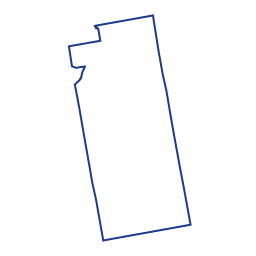 outline of Santa Fe, New Mexico, United States of America, rotated 350°
{"feature_id": "52423323B7910284098796", "entity_name": "Santa Fe", "entity_type": "district", "adm_level": 2, "iso_a3": "USA", "parent_name": "United States of America", "parent_adm1": "New Mexico", "projection": "equal_earth", "projection_center": [-106.034, 35.521], "detail": "fine", "context": "isolated", "style": "outline", "palette": "blue", "viewbox_px": 256, "rotation_deg": 350, "n_neighbors": 0, "source": "geoboundaries", "source_scale": "gbopen_adm2", "svg_char_len": 688}
<svg xmlns="http://www.w3.org/2000/svg" viewBox="0 0 256 256"><g transform="rotate(350 128 128)"><path d="M172.8,234.1L172.6,195.5L172.3,175.9L172.1,140.4L172.1,120.7L172.3,98.4L171.5,80.8L171.5,67.2L171.5,63.5L171.4,61.1L171.6,50.5L172.0,26.7L172.2,21.5L130.9,21.6L127.0,21.6L116.5,21.6L113.1,21.7L113.1,22.2L114.1,22.8L113.7,23.2L114.0,24.4L115.6,24.4L115.9,25.1L115.9,37.3L84.0,37.3L83.6,53.9L83.6,57.5L87.4,59.8L90.7,59.7L96.2,60.0L96.0,60.5L92.6,65.3L90.2,71.1L89.3,71.3L88.9,72.3L83.2,75.9L83.5,98.7L83.4,125.8L83.4,131.2L83.4,145.1L83.4,159.6L83.3,175.8L84.0,190.4L84.1,195.5L84.1,234.5L92.4,234.4L120.0,234.3L172.8,234.1Z" fill="none" stroke="#1e3a8a" stroke-width="2"/></g></svg>